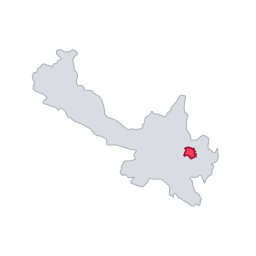 Hoon, Oudômxai, Laos shown in context, rotated 164°
{"feature_id": "54806243B15680017307326", "entity_name": "Hoon", "entity_type": "district", "adm_level": 2, "iso_a3": "LAO", "parent_name": "Laos", "parent_adm1": "Oudômxai", "projection": "albers", "projection_center": [101.419, 20.096], "detail": "fine", "context": "in_parent", "style": "filled", "palette": "rose", "viewbox_px": 256, "rotation_deg": 164, "n_neighbors": 0, "source": "geoboundaries", "source_scale": "gbopen_adm2", "svg_char_len": 5612}
<svg xmlns="http://www.w3.org/2000/svg" viewBox="0 0 256 256"><g transform="rotate(164 128 128)"><path d="M89.2,36.4L90.4,38.5L95.8,44.2L96.7,45.7L98.6,46.9L100.3,51.9L101.0,52.2L101.9,51.9L102.6,51.1L103.1,49.2L103.5,49.0L104.1,50.6L105.6,51.1L106.2,51.7L106.4,53.0L106.2,54.2L105.0,57.1L104.3,61.0L109.6,69.2L111.8,70.3L117.1,71.6L120.6,73.4L122.3,72.9L123.8,70.8L125.7,69.7L129.2,67.8L130.2,67.7L132.2,68.4L135.4,70.4L140.3,74.2L140.2,75.2L139.3,76.2L136.7,77.8L135.9,78.8L136.4,79.2L138.6,79.4L141.2,80.2L142.0,81.2L142.4,83.5L142.9,83.9L145.3,83.6L146.0,83.9L146.9,84.6L147.7,86.5L147.7,88.0L145.4,90.5L145.2,92.0L144.0,93.9L140.8,96.9L140.0,97.1L134.0,95.6L129.2,95.9L128.8,96.5L129.7,98.3L129.9,100.1L129.2,101.5L126.5,103.4L126.4,104.1L127.0,104.9L131.0,106.5L143.9,114.9L149.7,116.5L152.3,117.5L153.0,118.1L153.0,118.9L152.3,119.9L151.8,121.6L151.8,122.6L152.4,123.6L153.5,125.0L157.1,128.2L159.8,129.0L162.6,132.7L163.5,136.0L164.9,138.1L171.8,145.0L177.5,149.3L180.9,153.9L182.6,154.9L183.1,156.6L183.7,161.6L185.7,164.0L186.2,165.0L187.0,165.7L188.0,165.8L189.9,164.1L190.3,164.4L191.3,167.0L192.1,167.9L195.1,169.4L198.4,172.5L200.1,173.6L202.2,174.4L202.6,175.4L202.2,176.4L201.6,177.1L198.0,179.1L197.5,179.9L200.1,183.9L206.4,188.7L208.4,191.6L208.0,193.1L206.4,196.0L205.2,196.9L204.9,197.8L205.9,200.2L206.0,203.8L204.8,204.8L203.8,207.0L203.1,207.2L201.2,206.5L197.4,210.5L195.6,210.4L193.7,212.6L191.2,213.0L189.4,211.4L185.5,208.9L184.1,207.4L183.0,208.8L181.1,210.2L178.3,209.8L177.6,211.7L177.0,212.1L173.7,212.5L173.0,212.9L173.6,214.6L175.7,217.6L176.4,219.3L175.2,222.1L171.7,222.1L170.1,221.0L168.0,218.7L163.5,217.2L160.5,218.4L159.6,218.4L157.3,216.4L156.4,215.1L155.9,213.2L159.3,211.6L161.0,210.3L162.1,209.0L162.5,207.7L162.9,202.1L163.4,200.1L163.1,197.7L162.1,195.8L162.0,193.0L162.5,190.7L163.7,189.5L164.6,187.8L165.0,184.1L164.6,183.1L163.3,182.3L161.1,181.5L159.8,180.4L159.2,179.1L159.2,177.9L159.8,176.9L158.2,175.8L154.3,174.7L152.1,173.3L151.6,171.6L149.9,169.3L147.1,166.6L145.5,162.6L145.3,157.4L145.5,153.1L146.6,148.2L145.0,144.6L143.1,142.8L140.7,141.4L138.3,139.5L136.0,137.0L133.3,133.2L130.1,128.2L128.0,125.9L126.9,126.5L124.7,126.1L121.2,124.6L118.2,123.9L115.7,123.8L114.0,124.2L113.3,124.9L113.2,125.7L113.9,126.4L113.5,127.0L112.2,127.5L111.1,128.3L109.9,130.2L109.1,132.6L107.9,133.6L105.9,133.8L104.0,134.5L102.1,135.7L101.2,136.6L101.3,137.2L100.9,137.3L100.0,137.0L99.6,136.2L99.6,134.9L98.6,134.1L96.6,133.7L94.4,132.3L90.1,128.9L89.1,128.7L87.7,129.6L85.9,131.6L84.3,132.4L83.1,132.0L82.2,132.7L81.6,134.5L80.4,135.9L74.6,139.6L69.4,144.5L68.1,144.9L64.9,143.6L63.9,142.6L68.3,132.7L68.9,130.3L68.8,127.1L67.0,124.4L66.9,123.6L67.2,122.8L69.4,119.7L71.9,111.8L71.8,109.3L70.7,106.6L70.1,104.0L70.6,100.5L70.4,99.1L69.2,98.4L65.3,97.7L63.0,98.3L61.9,99.2L60.6,99.8L58.2,100.2L55.8,99.0L53.9,96.9L53.4,94.5L55.9,89.2L56.5,87.1L56.4,86.1L56.0,85.1L55.4,85.0L54.2,83.7L53.0,81.5L51.9,80.5L50.8,80.7L49.8,81.5L48.1,83.6L47.6,83.3L49.1,76.0L50.5,72.9L52.1,71.4L53.8,70.8L55.6,71.1L57.0,70.8L58.2,70.0L58.1,69.6L56.7,69.5L56.2,68.7L56.5,67.1L57.1,66.1L58.1,65.6L59.0,64.1L59.9,61.4L61.1,60.0L62.4,60.0L64.6,58.9L67.7,56.6L69.0,54.4L70.1,55.4L69.7,57.9L70.3,58.5L70.6,59.4L70.4,60.8L70.7,62.0L71.2,62.6L71.9,62.9L75.2,61.9L77.3,61.8L80.6,63.6L82.6,62.3L82.6,61.7L81.0,60.0L81.5,53.6L81.3,48.7L78.5,45.1L77.9,43.6L77.7,41.2L76.9,39.2L78.8,37.6L79.9,34.6L81.3,33.9L81.7,34.0L83.4,36.2L85.5,35.1L87.1,35.1L88.5,35.7L89.2,36.4Z" fill="#d9dde1" stroke="#a8b0b8" stroke-width="1"/><path d="M75.6,81.1L75.4,81.0L75.2,81.1L74.9,81.1L74.8,81.3L74.7,81.3L74.4,81.4L74.2,81.4L74.1,81.5L73.9,81.5L73.7,81.5L73.4,81.6L73.5,81.5L73.4,81.5L73.2,81.6L72.9,81.7L72.7,81.7L72.6,81.8L72.5,81.7L72.4,81.8L72.2,81.9L71.8,82.0L71.7,82.1L71.6,81.9L71.4,81.9L71.2,81.9L71.1,82.0L71.0,81.9L70.9,81.9L70.7,81.9L70.6,82.0L70.6,82.3L70.6,82.2L70.7,82.3L70.8,82.7L70.8,82.9L70.5,83.1L70.4,83.2L70.2,83.3L70.0,83.5L69.9,83.7L69.7,83.8L69.6,84.0L69.8,84.3L70.2,84.2L70.3,84.2L70.5,84.1L70.9,84.1L71.1,84.2L71.2,84.3L71.3,84.4L71.3,84.5L71.4,84.9L71.5,85.0L71.5,85.4L71.4,85.4L71.3,85.5L71.2,85.6L71.1,85.8L71.0,86.0L70.6,86.2L70.5,86.3L70.5,86.5L70.5,86.8L70.4,86.8L70.3,87.0L70.2,87.0L70.0,86.9L70.0,87.0L69.9,87.0L70.0,87.3L70.3,87.5L70.6,87.6L70.7,88.0L70.5,88.4L70.4,88.6L70.4,88.8L70.5,88.9L70.4,89.2L70.4,89.3L70.2,89.7L70.2,89.9L70.2,90.0L70.3,90.0L70.6,90.1L70.8,90.2L70.9,90.3L71.0,90.3L71.4,90.0L71.5,89.9L71.8,89.8L71.8,90.1L72.0,90.2L72.0,90.3L72.1,90.5L72.3,90.6L72.3,90.9L72.4,91.0L72.5,91.2L72.6,91.3L72.9,91.3L73.0,91.3L73.3,91.4L73.4,91.5L73.5,91.5L73.6,91.8L73.7,92.0L73.8,92.0L74.1,91.9L74.1,92.0L74.6,92.1L74.8,92.3L74.9,92.5L75.0,92.9L75.3,92.8L75.6,92.8L76.0,92.9L76.4,93.0L76.7,92.9L76.9,92.8L77.1,92.8L77.3,92.8L77.5,92.9L77.8,92.9L78.0,92.9L78.3,92.7L78.5,92.7L78.7,92.8L78.8,92.7L79.0,92.6L79.0,92.4L78.9,92.3L78.7,92.3L78.5,92.2L78.4,92.0L78.3,91.6L78.2,91.3L78.3,90.9L78.4,90.6L78.5,90.4L78.7,90.0L79.4,89.3L79.7,89.1L79.8,89.1L80.0,88.7L80.3,88.3L80.5,88.1L80.8,87.6L81.0,87.4L81.1,87.1L81.3,86.8L81.6,86.5L81.8,86.3L81.8,86.2L81.7,86.1L81.5,85.9L81.4,85.9L81.3,86.0L81.2,86.0L81.2,85.9L81.1,86.0L80.9,86.1L80.7,86.2L80.4,86.0L80.4,85.9L80.5,85.9L80.4,85.8L80.5,85.8L80.5,85.7L80.4,85.7L80.4,85.8L80.2,85.9L79.9,85.8L79.7,85.7L79.3,85.5L79.1,85.5L78.9,85.5L78.6,85.6L78.3,85.4L78.0,85.2L77.9,85.1L77.8,84.7L77.7,84.7L77.4,84.4L77.1,84.3L76.9,84.2L76.7,83.7L76.4,83.5L76.2,83.3L76.2,83.2L76.3,82.9L76.6,82.7L76.8,82.6L76.7,82.4L76.3,82.1L75.7,81.8L75.5,81.6L75.4,81.5L75.4,81.3L75.5,81.2L75.6,81.1Z" fill="#f43f5e" stroke="#9f1239" stroke-width="1.5"/></g></svg>